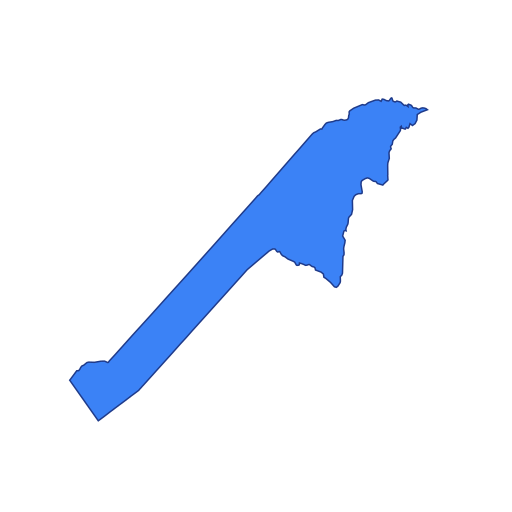 an SVG outline of Caprivi, rotated 326°
{"feature_id": "NAM-3356", "entity_name": "Caprivi", "entity_type": "Region", "adm_level": 1, "iso_a3": "NAM", "parent_name": "Namibia", "parent_adm1": "", "projection": "equal_earth", "projection_center": [23.77, -17.975], "detail": "fine", "context": "isolated", "style": "filled", "palette": "blue", "viewbox_px": 512, "rotation_deg": 326, "n_neighbors": 0, "source": "natural_earth", "source_scale": "10m", "svg_char_len": 3592}
<svg xmlns="http://www.w3.org/2000/svg" viewBox="0 0 512 512"><g transform="rotate(326 256 256)"><path d="M74.1,261.6L76.0,260.9L83.6,259.1L109.8,252.5L136.1,246.1L162.4,239.5L188.7,233.0L210.1,227.6L231.5,222.2L252.9,216.7L274.3,211.3L283.0,209.1L287.3,208.0L291.0,207.0L292.9,207.0L296.1,206.1L300.5,205.0L305.1,203.8L309.5,202.6L314.0,201.4L318.5,200.2L323.0,199.0L327.5,197.8L332.0,196.6L336.5,195.4L341.0,194.2L345.5,193.0L349.9,191.9L354.4,190.7L358.9,189.5L363.4,188.3L367.9,187.1L371.0,186.3L372.9,186.1L374.9,186.5L380.4,186.7L381.6,187.6L382.4,187.1L386.8,185.5L388.7,185.1L390.6,185.6L395.0,187.6L398.2,188.4L400.1,189.7L402.8,190.3L403.7,191.1L404.3,192.0L405.2,192.9L406.9,193.7L407.8,193.9L408.8,193.8L409.9,193.2L411.5,191.3L412.7,190.5L413.2,189.5L413.9,188.5L415.0,188.1L419.7,188.1L428.6,189.9L429.2,190.2L429.7,190.9L430.4,191.5L431.5,191.9L434.9,191.7L442.1,193.5L444.9,195.2L446.2,197.7L448.4,196.5L449.6,197.6L450.9,200.0L452.6,201.6L453.6,201.6L455.6,200.8L456.6,200.6L457.0,201.1L456.3,203.5L456.3,204.5L457.0,205.5L457.5,206.1L458.3,206.3L459.5,206.3L459.8,206.8L461.7,209.0L462.0,209.3L462.9,213.4L463.1,214.1L464.1,214.4L464.8,215.1L465.3,216.1L465.6,217.1L466.5,215.5L467.3,215.4L468.8,217.5L469.1,218.3L469.0,220.1L469.2,220.9L469.6,221.5L470.8,222.3L471.4,222.8L472.7,225.2L473.5,225.6L475.3,225.7L476.7,226.2L478.1,227.3L479.3,228.8L479.9,230.6L473.1,229.0L468.8,228.9L465.4,233.3L461.9,235.2L458.7,235.3L457.7,232.4L454.7,234.8L453.4,235.1L452.5,233.4L450.9,234.3L450.1,233.7L449.4,232.5L448.3,231.6L449.0,229.6L447.8,229.8L447.3,230.5L446.9,231.4L446.2,232.4L445.5,232.9L437.7,236.2L435.7,236.4L433.9,237.0L431.4,239.6L429.3,240.2L428.6,240.7L428.0,242.7L427.1,243.1L426.1,243.3L425.2,243.8L424.4,244.4L423.9,244.9L421.1,249.6L417.4,252.5L415.9,254.4L410.6,262.5L410.2,262.8L409.8,263.6L408.4,265.9L408.0,266.7L407.0,267.0L402.2,267.7L400.8,268.1L397.2,263.8L397.1,261.6L396.6,260.8L395.9,260.4L395.1,259.5L393.3,255.0L392.0,253.5L389.7,252.9L386.1,252.7L384.6,253.4L382.9,255.6L379.9,262.3L378.9,263.3L378.0,263.1L376.1,261.8L375.0,261.4L372.8,261.0L370.7,261.4L367.0,263.8L362.0,271.6L358.5,274.9L354.7,275.8L353.8,276.4L350.8,280.1L350.0,280.9L347.0,282.6L345.7,283.8L345.2,284.5L344.8,285.5L344.4,285.0L343.9,284.6L343.3,284.5L342.7,284.6L339.0,287.9L338.7,292.8L337.0,294.8L334.0,297.5L332.7,299.0L330.8,302.6L329.6,304.2L327.9,304.9L318.1,318.6L316.5,319.8L314.3,320.3L311.9,324.1L311.2,324.8L310.7,325.2L307.0,326.8L305.1,326.9L303.8,325.4L303.0,319.5L301.3,313.5L300.4,311.6L301.8,308.6L300.9,305.7L297.5,300.9L298.3,298.7L297.8,297.3L296.7,296.2L296.1,294.7L295.6,293.0L294.6,292.4L293.1,292.1L291.7,291.3L291.2,290.2L289.6,287.9L288.1,286.1L287.0,287.5L286.1,287.4L285.1,286.9L284.6,286.5L284.4,285.8L284.6,283.4L284.6,282.6L283.9,281.2L280.8,276.4L279.6,272.9L278.3,270.8L278.1,270.0L277.9,269.0L278.1,265.7L277.7,265.2L276.9,265.1L276.2,264.8L275.8,263.8L275.8,261.9L275.7,261.0L275.1,260.4L273.7,259.5L269.8,259.2L262.5,260.0L253.5,261.0L241.1,262.4L232.0,264.7L223.1,266.9L214.3,269.1L205.5,271.3L196.6,273.5L187.8,275.7L179.0,277.9L170.2,280.1L161.3,282.3L152.5,284.6L143.7,286.7L134.8,289.0L126.0,291.2L117.2,293.4L108.3,295.6L99.5,297.8L90.7,300.0L88.9,300.4L87.1,300.9L85.3,301.3L83.6,301.8L81.6,301.9L79.6,302.0L74.7,302.2L69.8,302.5L64.8,302.8L59.9,303.0L54.0,303.3L48.1,303.6L42.2,304.0L36.3,304.3L33.1,304.4L32.1,254.8L33.6,254.3L43.2,250.9L44.9,251.9L46.7,251.3L48.5,250.3L50.4,249.8L51.9,250.2L56.2,249.8L57.9,250.4L62.6,253.8L68.6,256.5L71.7,258.5L73.5,261.4L74.1,261.6Z" fill="#3b82f6" stroke="#1e3a8a" stroke-width="1.5"/></g></svg>